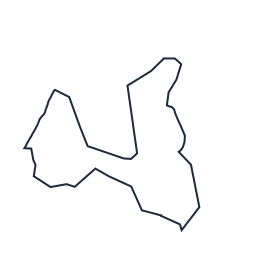 Morne Road, Castries, Saint Lucia (Equal Earth projection), rotated 198°
{"feature_id": "8701671B28120595422367", "entity_name": "Morne Road", "entity_type": "district", "adm_level": 2, "iso_a3": "LCA", "parent_name": "Saint Lucia", "parent_adm1": "Castries", "projection": "equal_earth", "projection_center": [-60.995, 14.006], "detail": "fine", "context": "isolated", "style": "outline", "palette": "slate", "viewbox_px": 256, "rotation_deg": 198, "n_neighbors": 0, "source": "geoboundaries", "source_scale": "gbopen_adm2", "svg_char_len": 1002}
<svg xmlns="http://www.w3.org/2000/svg" viewBox="0 0 256 256"><g transform="rotate(198 128 128)"><path d="M202.7,53.0L183.4,47.9L169.1,55.6L160.5,55.6L146.5,79.3L130.9,76.1L107.2,73.4L106.9,73.4L89.3,54.0L69.3,55.1L69.3,54.6L48.8,52.4L45.4,47.4L35.7,74.8L56.8,112.6L72.4,121.0L70.9,123.2L69.9,126.8L69.9,132.0L71.5,138.2L78.9,146.8L82.1,150.1L87.5,156.4L89.9,159.9L92.2,161.3L98.0,161.5L100.4,174.4L96.9,189.0L97.1,205.1L104.9,208.6L115.7,205.1L115.6,204.7L123.7,189.3L141.6,168.2L111.5,106.7L115.6,99.5L122.8,97.7L160.8,98.3L174.3,114.6L193.5,139.3L209.2,141.7L209.7,141.2L210.2,139.2L210.7,135.5L211.3,131.9L211.8,129.5L211.9,127.8L211.7,125.4L211.9,120.3L211.9,118.5L211.9,116.3L212.5,114.4L213.4,112.6L213.9,111.5L214.5,109.9L214.8,108.2L214.9,105.9L215.0,103.4L215.3,101.8L215.7,99.4L216.0,97.8L216.3,96.0L217.0,93.5L217.4,90.5L218.0,88.2L218.6,85.2L219.3,82.3L219.5,80.2L219.9,78.2L220.3,76.8L213.7,78.5L208.2,68.4L204.5,64.2L202.7,53.0Z" fill="none" stroke="#1e293b" stroke-width="2"/></g></svg>